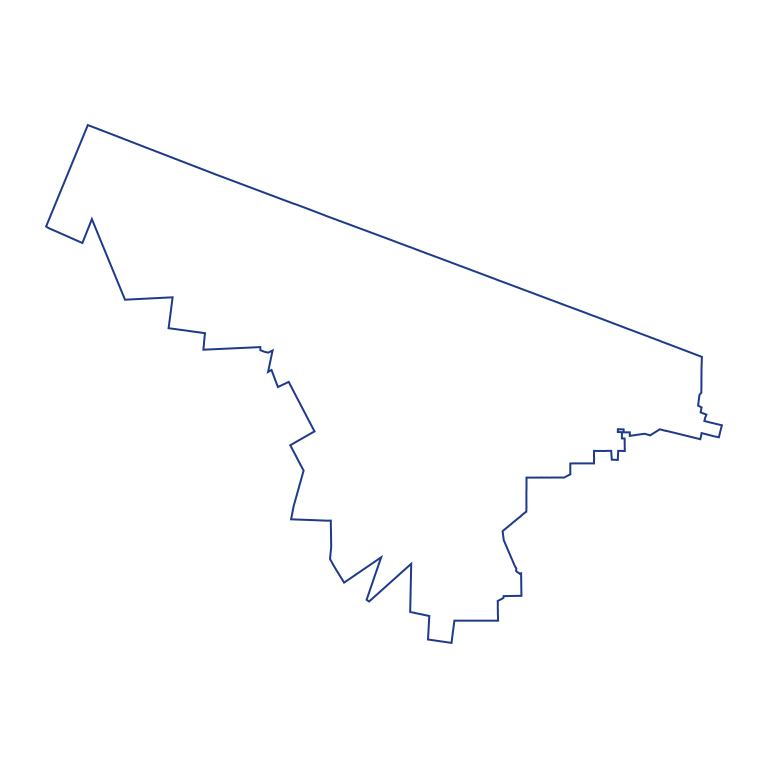 General Plutarco Elías Calles, Sonora, Mexico
{"feature_id": "50627088B39054298169208", "entity_name": "General Plutarco Elías Calles", "entity_type": "district", "adm_level": 2, "iso_a3": "MEX", "parent_name": "Mexico", "parent_adm1": "Sonora", "projection": "natural_earth1", "projection_center": [-112.744, 31.696], "detail": "fine", "context": "isolated", "style": "outline", "palette": "blue", "viewbox_px": 768, "rotation_deg": 0, "n_neighbors": 0, "source": "geoboundaries", "source_scale": "gbopen_adm2", "svg_char_len": 3813}
<svg xmlns="http://www.w3.org/2000/svg" viewBox="0 0 768 768"><path d="M650.1,435.4L659.8,429.3L665.5,430.8L665.6,430.7L671.4,432.1L677.2,433.5L682.8,434.9L700.3,439.2L701.0,436.2L701.6,433.1L707.5,434.6L713.2,436.1L718.9,437.3L720.3,431.3L721.9,425.3L714.1,423.4L710.2,422.5L706.7,421.6L704.4,421.0L705.1,418.0L706.4,414.6L700.6,412.4L701.6,407.4L698.1,405.6L699.4,395.1L701.3,392.7L701.4,388.4L701.5,368.8L701.8,360.0L701.9,356.9L674.6,346.5L672.7,345.8L660.8,341.3L660.4,341.1L630.4,329.8L629.8,329.6L594.0,316.0L593.5,315.9L585.5,312.8L565.2,305.3L564.7,305.1L542.0,296.6L520.7,288.6L510.8,284.9L505.2,282.8L505.0,282.7L503.8,282.3L499.2,280.6L493.3,278.3L492.9,278.2L452.7,263.1L452.2,262.9L449.3,261.8L449.0,261.7L440.2,258.4L438.9,257.9L436.4,257.0L436.2,256.9L435.9,256.8L435.4,256.6L434.9,256.5L434.7,256.4L434.0,256.1L433.5,255.9L433.0,255.7L432.6,255.6L432.2,255.4L431.7,255.2L431.2,255.1L430.2,254.7L429.7,254.5L429.2,254.3L428.8,254.2L422.0,251.6L421.6,251.5L409.8,247.0L409.4,246.9L396.0,241.9L395.6,241.7L328.0,216.6L327.6,216.5L324.6,215.3L323.4,214.8L296.8,204.7L291.7,203.0L215.3,174.3L145.6,147.4L105.1,131.7L88.1,125.2L87.8,125.1L78.5,147.8L78.4,147.9L78.4,148.0L46.1,226.5L48.6,228.1L82.4,243.0L91.9,219.1L99.9,238.7L125.0,299.7L172.6,297.3L171.0,309.8L168.6,328.2L177.5,329.4L178.9,329.6L205.0,333.2L204.7,336.0L204.4,338.8L204.1,341.6L203.9,344.5L203.6,347.3L203.4,349.7L260.3,347.1L260.4,350.2L264.8,351.9L268.3,352.6L272.6,350.5L271.8,354.1L268.1,371.9L270.8,370.4L271.5,370.0L271.7,370.5L277.9,387.0L288.7,381.9L295.7,395.4L314.5,431.4L306.9,435.7L298.7,440.4L290.3,445.2L292.3,449.1L293.0,450.5L295.8,455.7L297.4,458.9L303.6,470.6L293.7,506.0L293.5,507.0L292.9,509.9L291.1,519.3L295.9,519.5L307.2,519.9L327.7,520.7L330.8,520.6L331.2,547.1L330.0,558.9L333.3,565.0L335.9,569.3L344.1,582.6L381.2,557.3L373.2,580.4L373.2,580.5L366.6,599.8L369.1,601.5L411.2,563.8L410.2,612.0L429.3,616.0L428.0,639.5L451.5,642.9L454.4,620.7L498.1,620.7L498.0,619.4L498.0,618.0L498.0,616.9L498.0,616.2L497.9,614.6L497.9,613.9L497.9,612.8L497.9,611.9L497.9,611.1L497.8,608.8L497.8,607.4L497.8,606.0L497.8,604.7L497.8,603.9L497.8,602.5L497.7,601.0L503.4,598.0L503.6,596.1L521.4,595.8L521.4,595.5L521.5,595.1L521.4,594.6L521.1,573.3L520.3,573.6L519.7,573.8L519.5,573.6L519.1,573.1L518.6,572.9L518.1,572.6L517.8,572.4L517.3,572.2L516.9,571.7L516.5,571.4L516.1,571.0L516.2,568.8L516.3,568.4L516.0,568.0L515.4,566.8L515.1,566.7L503.8,540.3L503.7,539.7L502.6,531.2L503.5,530.4L504.3,529.7L505.0,529.2L505.6,528.7L506.2,528.2L506.7,527.7L507.3,527.3L508.4,526.4L509.2,525.7L510.6,524.6L511.5,523.8L513.4,522.2L514.5,521.2L514.8,521.1L514.9,520.9L516.1,520.0L517.6,518.8L519.1,517.5L520.3,516.6L520.5,516.6L520.6,516.4L520.7,516.2L521.3,515.6L521.6,515.4L521.8,515.2L522.3,514.8L522.5,514.6L524.6,512.9L525.8,511.9L526.0,511.7L526.3,511.7L526.4,508.6L526.4,508.3L526.5,508.0L526.4,503.4L526.4,499.2L526.4,494.8L526.4,491.9L526.5,488.9L526.5,487.6L526.5,485.8L526.5,481.4L526.5,478.5L526.5,477.6L530.7,477.6L534.4,477.6L538.6,477.6L541.3,477.5L543.0,477.6L544.7,477.6L547.1,477.5L549.5,477.6L552.9,477.5L556.4,477.5L560.7,477.5L564.0,477.6L570.4,474.3L570.3,473.9L570.3,469.6L570.3,467.4L570.3,464.5L570.3,463.5L572.0,463.4L573.4,463.4L575.4,463.4L579.0,463.4L582.8,463.4L586.1,463.4L590.9,463.4L592.9,463.4L594.0,463.4L594.0,462.6L594.0,461.9L594.0,461.0L594.1,459.8L594.1,458.1L594.0,456.8L594.0,455.0L594.0,453.2L594.1,450.9L595.0,450.9L596.1,450.9L596.8,451.0L597.3,450.9L597.7,451.0L599.5,450.9L603.0,451.0L606.9,450.9L611.2,450.9L611.8,459.7L617.8,459.9L618.2,450.9L619.4,450.9L621.5,450.9L624.8,451.0L624.6,438.5L621.9,438.4L621.9,432.2L617.8,432.0L617.9,429.2L623.6,429.4L623.8,432.3L629.8,432.3L629.8,435.9L636.2,434.9L644.5,433.8L644.9,433.8L650.1,435.4Z" fill="none" stroke="#1e3a8a" stroke-width="2"/></svg>